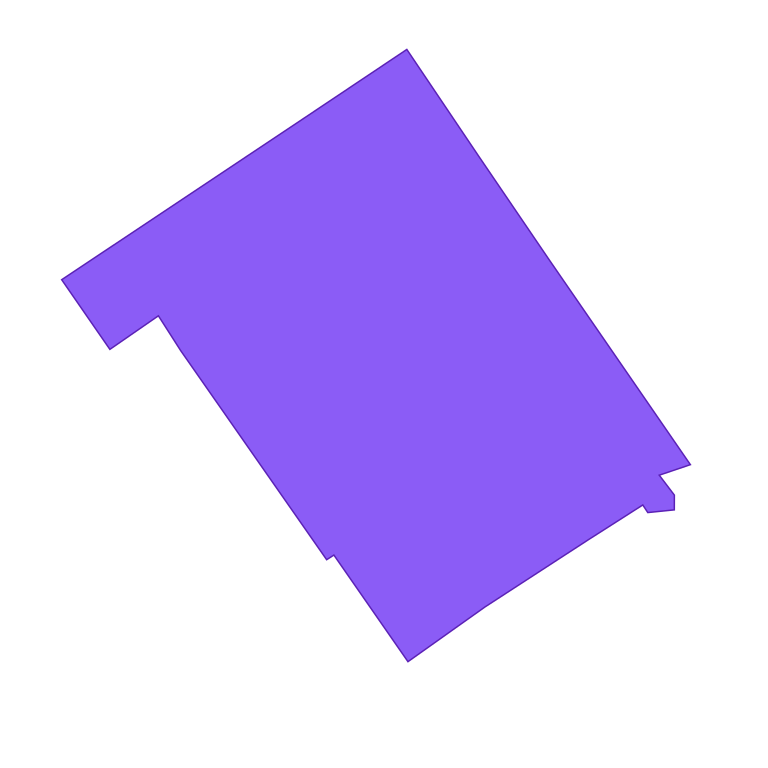 Monroe, Indiana, United States of America (Albers equal-area conic projection), rotated 146°
{"feature_id": "52423323B82693646603832", "entity_name": "Monroe", "entity_type": "district", "adm_level": 2, "iso_a3": "USA", "parent_name": "United States of America", "parent_adm1": "Indiana", "projection": "albers", "projection_center": [-86.52, 39.173], "detail": "fine", "context": "isolated", "style": "filled", "palette": "violet", "viewbox_px": 768, "rotation_deg": 146, "n_neighbors": 0, "source": "geoboundaries", "source_scale": "gbopen_adm2", "svg_char_len": 411}
<svg xmlns="http://www.w3.org/2000/svg" viewBox="0 0 768 768"><g transform="rotate(146 384 384)"><path d="M591.9,566.0L532.9,566.7L533.9,525.1L529.8,270.4L521.2,270.2L519.4,140.4L425.2,142.7L301.1,140.6L237.1,139.0L237.2,129.9L213.7,117.3L205.4,129.5L206.8,154.5L175.1,145.8L177.6,395.0L178.1,520.6L178.0,648.6L301.7,649.1L592.9,650.7L591.9,566.0Z" fill="#8b5cf6" stroke="#5b21b6" stroke-width="1.5"/></g></svg>